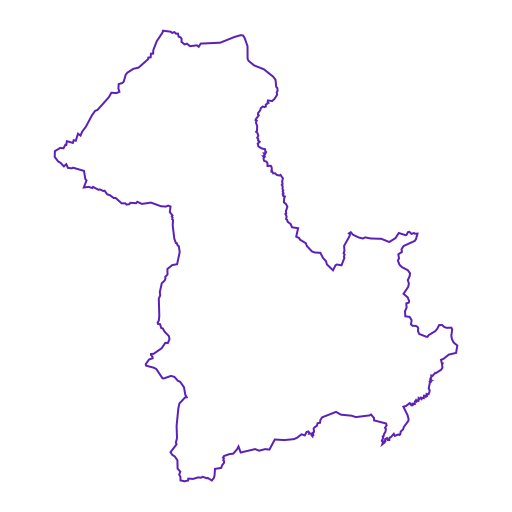 Tak Fa, Nakhon Sawan, Thailand (Robinson projection)
{"feature_id": "78962969B50011174142217", "entity_name": "Tak Fa", "entity_type": "district", "adm_level": 2, "iso_a3": "THA", "parent_name": "Thailand", "parent_adm1": "Nakhon Sawan", "projection": "robinson", "projection_center": [100.501, 15.388], "detail": "fine", "context": "isolated", "style": "outline", "palette": "violet", "viewbox_px": 512, "rotation_deg": 0, "n_neighbors": 0, "source": "geoboundaries", "source_scale": "gbopen_adm2", "svg_char_len": 6040}
<svg xmlns="http://www.w3.org/2000/svg" viewBox="0 0 512 512"><path d="M451.4,327.7L446.5,327.8L444.1,326.9L442.0,325.0L439.1,325.1L437.3,328.7L435.3,331.1L428.7,335.1L427.5,336.8L426.5,336.8L419.3,334.0L418.0,331.3L418.2,328.1L417.6,327.0L415.9,325.9L412.5,325.8L411.0,324.4L411.6,320.1L409.6,316.9L405.3,316.3L405.0,311.2L406.6,307.6L406.3,303.4L408.7,302.7L409.2,301.2L407.7,297.4L403.5,293.8L408.2,286.9L408.9,283.6L407.8,280.1L409.7,276.0L410.0,273.3L407.8,270.2L401.9,267.1L399.4,264.6L397.9,260.5L399.0,258.4L398.3,254.3L401.9,252.0L401.5,249.3L403.6,246.0L414.8,240.9L416.0,239.0L417.5,233.6L414.8,233.7L414.0,233.0L411.5,233.9L409.3,231.8L407.9,232.2L406.7,234.7L405.7,235.2L398.8,233.0L395.4,238.2L389.2,242.0L381.3,238.8L370.8,238.5L365.2,237.4L362.8,238.5L358.5,237.4L352.8,234.6L350.8,232.2L348.9,233.4L349.9,234.4L349.8,235.6L344.1,245.9L344.4,250.8L343.6,253.3L344.6,254.5L343.9,256.7L344.4,257.8L341.5,265.3L336.9,264.5L335.5,265.3L333.0,270.3L326.9,264.4L326.0,261.2L323.2,258.2L320.3,252.8L314.8,252.5L311.9,251.4L306.9,246.1L305.8,243.2L299.9,239.6L299.2,238.1L296.2,236.7L298.1,228.2L292.0,227.3L290.6,224.0L287.7,221.8L287.1,219.8L286.1,219.0L286.6,216.4L285.4,214.0L286.2,213.6L285.9,211.1L287.4,206.8L285.9,203.9L283.9,202.4L284.1,198.5L284.9,196.5L283.4,196.2L283.1,195.3L283.4,194.2L282.8,193.9L283.4,193.0L282.7,191.5L283.3,190.4L282.6,189.4L282.6,186.1L281.8,184.9L282.6,183.9L282.1,181.5L282.9,178.4L280.5,174.9L279.6,175.5L277.0,175.1L275.1,173.3L273.2,173.4L272.5,172.0L271.4,171.7L271.4,170.5L271.9,170.4L271.6,167.2L270.8,165.8L267.5,166.0L267.5,163.3L266.5,161.7L264.1,160.8L263.8,159.9L263.5,158.2L264.2,157.2L263.4,156.4L264.6,156.4L264.0,155.4L264.9,154.6L263.9,153.3L265.6,153.0L266.1,152.0L265.2,151.1L265.1,149.2L261.8,148.5L258.4,146.4L257.7,143.6L259.7,141.8L258.1,140.6L258.3,139.1L257.2,137.8L258.3,135.8L257.5,133.1L256.1,131.8L257.0,130.8L257.2,126.2L255.9,122.4L256.7,120.6L255.6,120.2L255.7,119.3L258.8,115.3L258.0,114.5L258.1,113.0L260.2,110.3L260.8,108.1L262.8,106.5L264.5,107.1L265.8,106.5L265.8,104.6L268.4,103.0L267.6,102.2L267.9,100.5L272.2,101.0L274.3,99.1L277.1,94.8L276.7,92.2L277.6,90.7L277.3,88.0L276.2,86.8L275.5,79.7L273.1,76.6L263.9,69.3L254.1,65.4L248.6,60.9L247.6,58.8L247.5,46.2L244.7,38.1L243.1,35.5L240.6,35.2L234.4,37.0L220.2,42.7L200.7,43.6L198.7,46.8L196.9,45.3L190.0,46.2L186.9,43.7L184.5,44.4L181.5,41.9L181.6,39.0L180.6,37.4L178.7,36.7L177.9,33.6L176.1,33.7L174.4,32.1L172.2,32.9L170.7,31.7L163.0,30.7L162.5,32.6L156.8,41.1L153.3,50.1L153.1,53.7L150.9,53.7L150.7,57.3L148.3,57.6L148.2,59.1L138.6,67.6L133.4,68.8L127.3,72.7L125.7,74.7L123.7,81.7L122.3,83.0L118.7,84.1L118.4,88.4L119.4,91.8L116.4,93.1L111.4,92.7L109.0,97.0L103.1,103.7L97.5,109.9L95.1,110.9L92.0,115.2L85.9,126.7L82.2,131.6L80.5,135.6L78.0,133.7L75.8,140.7L73.7,140.2L72.9,142.9L66.9,141.2L66.3,144.9L65.4,144.7L63.5,148.3L60.3,147.9L54.9,151.1L54.7,156.9L58.2,161.5L60.5,162.8L63.9,166.4L66.3,164.2L67.9,167.9L71.9,168.3L73.1,167.7L84.0,170.9L85.3,179.0L86.5,180.4L83.8,187.5L88.6,186.9L92.3,188.0L93.0,186.9L98.5,189.8L99.9,189.4L103.3,191.0L104.6,190.7L107.2,194.3L110.1,195.3L113.7,198.0L115.7,198.0L121.6,203.3L125.3,203.3L126.5,204.6L129.2,204.2L130.4,202.8L136.2,203.2L137.3,201.8L142.0,203.9L151.0,202.6L160.8,206.2L165.9,206.6L168.1,205.6L170.5,206.5L169.8,212.1L172.5,215.5L171.8,216.5L172.6,217.7L172.2,219.2L173.0,220.1L172.7,225.5L174.3,238.7L175.9,243.0L176.8,243.2L177.5,245.2L178.8,246.2L179.7,252.1L177.1,264.2L172.2,265.1L167.4,269.0L167.5,274.5L165.3,276.8L165.4,278.8L164.5,280.7L161.8,283.2L159.8,292.1L160.2,295.4L158.8,298.6L159.3,315.9L158.8,320.6L157.6,322.7L158.1,324.0L160.1,324.2L161.2,328.0L162.7,328.4L164.6,331.7L168.9,336.1L169.5,339.1L167.8,343.1L165.3,342.8L161.6,348.3L153.6,353.8L151.0,354.0L151.0,355.0L152.5,356.8L152.6,358.3L149.0,359.5L145.7,364.3L146.2,365.7L153.8,367.7L156.3,369.0L162.5,378.3L164.3,378.3L171.0,375.9L174.4,376.9L178.1,381.0L180.1,381.7L184.0,387.3L185.3,394.8L186.7,397.3L185.0,397.5L179.4,403.5L178.3,408.6L176.6,425.9L177.0,438.1L175.9,442.5L176.5,444.4L170.5,452.2L172.2,454.8L174.8,456.5L177.4,460.3L177.6,468.6L180.3,471.7L179.2,474.6L180.4,476.8L180.5,480.4L184.5,481.3L188.1,480.5L188.3,478.6L193.1,478.9L198.1,477.4L201.1,477.7L202.6,476.8L207.1,478.3L207.7,477.9L211.8,480.5L213.8,478.1L214.5,475.8L215.0,468.9L221.2,467.9L222.1,465.3L224.0,462.8L224.1,461.0L223.3,460.3L223.9,458.3L223.0,457.7L224.0,456.0L229.5,454.1L233.2,453.7L237.2,449.1L238.5,446.5L240.7,452.5L255.1,449.1L259.2,450.7L265.2,449.1L269.4,449.6L274.8,439.5L284.4,440.1L294.0,439.1L297.3,437.6L301.5,434.3L304.8,435.4L306.6,432.0L308.4,431.5L309.4,433.0L309.1,433.7L311.3,433.5L312.3,434.3L311.6,435.3L312.4,436.2L312.5,435.2L313.3,435.1L313.0,432.6L314.1,431.8L313.6,428.8L314.3,427.5L316.9,425.8L317.6,423.2L320.0,422.8L320.4,419.9L322.2,417.3L336.0,411.9L341.0,414.7L351.6,415.7L355.8,417.1L369.5,415.4L371.0,414.5L374.0,418.0L374.1,420.4L386.1,423.5L386.6,425.4L385.0,427.8L385.9,429.0L385.4,432.0L384.1,433.9L383.6,436.1L382.7,436.5L383.1,438.2L381.8,440.8L383.0,442.2L382.3,444.3L384.7,442.4L384.9,441.7L384.2,441.3L385.4,441.0L385.1,439.2L387.0,438.1L387.8,440.0L389.3,440.0L389.5,437.7L391.1,436.9L393.8,433.8L394.9,435.9L398.0,434.5L399.5,435.0L400.2,434.4L400.7,431.6L403.0,429.4L403.9,426.9L408.3,420.9L408.6,419.3L407.6,415.3L403.4,406.7L406.0,406.0L409.7,403.1L411.2,405.1L412.1,403.9L412.8,405.0L413.7,403.8L414.8,404.0L414.8,401.8L416.0,400.1L416.7,401.5L417.6,400.5L418.4,400.8L418.6,398.4L419.3,399.2L420.4,397.8L421.6,399.0L422.0,397.8L423.8,398.2L424.0,395.7L426.0,395.7L426.1,396.7L426.9,396.2L426.7,393.9L428.5,394.3L429.5,391.7L429.6,390.0L428.7,388.5L429.8,382.9L430.5,382.2L429.9,381.7L430.9,381.1L430.3,381.1L430.1,380.0L431.1,379.2L430.4,378.4L431.3,377.0L431.3,375.5L432.5,375.9L435.2,372.9L435.9,373.1L441.1,369.8L442.4,367.8L442.1,364.3L442.6,363.4L441.8,363.2L441.0,359.8L443.4,358.9L448.8,354.6L456.1,352.9L457.3,345.5L453.7,342.6L451.9,339.0L451.3,335.7L452.2,329.4L451.4,327.7Z" fill="none" stroke="#5b21b6" stroke-width="2"/></svg>